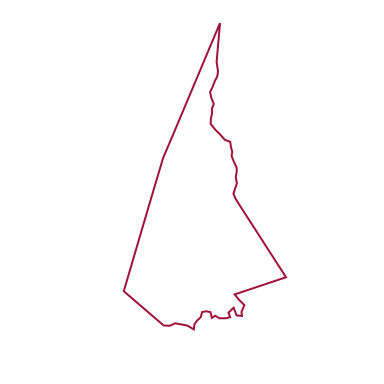 the district of Barcelona, Rio Grande do Norte, Brazil, rotated 150°
{"feature_id": "56859067B2064613695098", "entity_name": "Barcelona", "entity_type": "district", "adm_level": 2, "iso_a3": "BRA", "parent_name": "Brazil", "parent_adm1": "Rio Grande do Norte", "projection": "equal_earth", "projection_center": [-35.938, -5.981], "detail": "fine", "context": "isolated", "style": "outline", "palette": "rose", "viewbox_px": 384, "rotation_deg": 150, "n_neighbors": 0, "source": "geoboundaries", "source_scale": "gbopen_adm2", "svg_char_len": 882}
<svg xmlns="http://www.w3.org/2000/svg" viewBox="0 0 384 384"><g transform="rotate(150 192 192)"><path d="M283.3,90.6L278.2,87.3L272.2,86.7L262.9,78.7L259.1,72.1L256.1,76.2L251.9,78.1L247.0,79.2L243.3,83.0L239.3,81.6L236.1,78.7L237.7,73.0L233.8,73.3L231.4,68.9L225.6,65.6L221.5,64.6L220.7,69.3L213.8,71.0L215.1,62.9L210.7,59.7L209.0,63.5L203.2,67.9L205.1,74.7L206.3,82.0L178.4,76.3L153.2,71.2L157.5,159.8L157.6,165.4L156.9,169.9L152.5,173.8L148.7,177.2L146.8,182.9L143.2,187.1L141.1,190.9L140.6,197.5L139.6,203.6L137.1,206.5L135.8,211.4L133.8,216.4L137.5,220.8L139.0,228.4L140.7,234.3L141.8,241.6L139.0,246.1L135.0,250.4L133.2,254.1L129.1,257.4L128.2,263.8L126.4,269.5L122.2,272.3L116.4,276.9L112.4,279.4L109.2,283.4L105.6,292.4L83.3,324.3L151.8,272.3L179.5,251.3L200.0,235.9L229.6,207.9L266.8,172.5L300.7,140.2L283.3,90.6Z" fill="none" stroke="#9f1239" stroke-width="2"/></g></svg>